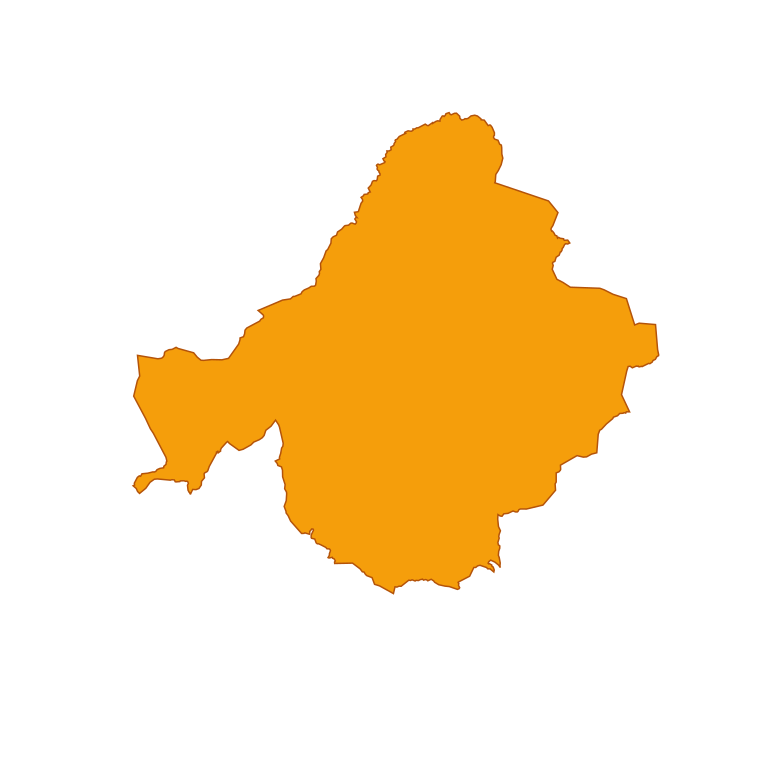 the district of Tancítaro, Michoacán, Mexico, rotated 244°
{"feature_id": "50627088B20425370342224", "entity_name": "Tancítaro", "entity_type": "district", "adm_level": 2, "iso_a3": "MEX", "parent_name": "Mexico", "parent_adm1": "Michoacán", "projection": "albers", "projection_center": [-102.327, 19.354], "detail": "fine", "context": "isolated", "style": "filled", "palette": "amber", "viewbox_px": 768, "rotation_deg": 244, "n_neighbors": 0, "source": "geoboundaries", "source_scale": "gbopen_adm2", "svg_char_len": 6171}
<svg xmlns="http://www.w3.org/2000/svg" viewBox="0 0 768 768"><g transform="rotate(244 384 384)"><path d="M570.6,590.9L577.2,589.8L578.9,587.1L579.8,587.4L583.9,585.5L585.8,583.4L586.8,579.7L585.9,576.1L586.3,574.1L587.0,573.1L586.7,572.2L587.1,569.6L589.5,568.7L591.5,569.4L595.6,567.9L596.4,566.0L596.5,562.5L597.3,561.7L599.4,561.5L599.8,558.2L598.7,556.9L598.1,555.3L599.1,554.7L599.3,553.8L597.3,550.5L595.7,549.5L597.0,547.7L597.3,545.9L596.9,542.0L597.6,542.2L596.8,537.0L597.4,536.2L599.5,535.0L599.3,527.0L599.9,525.8L599.7,523.4L600.5,521.8L599.3,521.3L599.2,519.3L601.0,516.6L601.1,513.2L600.6,512.7L599.8,513.2L599.8,506.2L598.3,503.0L598.4,501.3L598.1,500.8L596.7,500.6L595.8,498.6L594.6,497.9L594.1,496.6L593.9,493.9L591.4,493.1L591.2,490.9L592.2,488.7L590.8,488.4L589.6,486.1L587.3,485.3L587.0,481.8L584.5,481.8L583.4,482.4L582.7,481.7L582.9,476.9L583.1,476.0L584.3,475.0L584.1,473.6L583.7,473.0L581.6,473.1L580.3,472.0L579.1,472.1L577.7,472.8L576.8,472.4L574.6,472.6L573.5,472.0L573.6,469.4L570.7,467.5L570.0,466.2L571.2,464.2L571.2,462.5L568.5,459.6L567.0,455.7L562.6,455.8L562.9,453.7L562.1,453.1L562.1,452.0L563.1,449.3L562.2,448.0L561.8,445.2L559.5,445.6L557.7,445.0L556.5,442.6L550.4,436.7L550.2,436.2L551.3,432.7L548.0,432.1L545.4,432.7L546.0,431.8L545.1,430.1L541.8,430.4L540.8,429.4L540.3,428.2L542.7,425.8L543.1,424.6L542.3,421.8L543.4,418.5L543.3,417.6L541.7,413.8L541.0,408.9L538.5,406.5L538.6,402.9L537.7,400.3L533.8,398.0L529.6,392.4L529.0,390.3L524.0,385.2L520.0,379.6L514.7,377.5L513.4,375.1L511.5,374.4L510.2,373.1L508.6,369.1L506.1,368.2L502.9,365.9L502.4,364.4L503.7,361.4L503.3,358.5L503.5,353.6L502.9,351.0L501.4,348.9L501.9,342.1L502.5,340.8L501.5,337.2L503.9,329.6L505.3,303.1L499.0,305.7L497.9,305.6L496.4,304.6L496.1,301.7L495.0,299.8L494.5,285.4L494.1,284.4L493.3,282.7L490.2,280.7L488.1,278.5L488.5,274.8L486.8,273.9L483.6,270.9L475.2,255.5L476.8,248.9L481.5,239.8L484.3,232.2L485.6,229.9L490.0,227.9L495.5,226.6L506.2,214.5L508.1,213.2L508.0,208.8L509.1,205.8L509.1,201.6L508.3,200.4L506.0,198.9L504.9,196.8L504.7,195.3L505.8,191.8L517.8,175.0L498.2,167.9L495.1,163.8L482.8,153.7L457.7,154.6L446.2,154.4L440.8,155.1L413.7,155.9L409.8,155.0L409.4,154.2L407.3,152.8L406.6,150.1L405.3,149.2L406.4,145.5L406.5,142.5L405.5,140.6L405.6,138.9L406.3,137.8L407.4,132.6L409.4,127.1L407.8,124.8L408.7,123.8L408.2,121.4L404.3,116.1L402.5,115.5L402.5,113.9L398.7,115.5L395.4,115.4L392.8,116.3L394.7,124.2L398.2,130.6L399.1,135.8L398.0,138.7L391.2,149.9L391.0,151.4L389.7,153.5L387.7,153.5L387.2,154.1L385.8,157.7L386.2,158.5L384.7,161.8L383.4,163.1L383.1,164.3L382.1,164.8L380.4,164.6L379.2,163.0L374.4,161.3L372.0,161.4L371.4,161.9L370.5,161.5L370.0,162.0L373.1,165.8L371.5,168.7L371.2,171.9L373.3,175.5L376.5,177.3L378.4,181.5L382.1,182.9L382.7,183.7L382.8,186.5L383.3,187.6L386.5,190.8L395.4,203.3L396.2,203.5L396.4,205.1L394.8,204.8L395.4,207.8L396.3,208.0L397.7,209.7L400.6,216.9L400.9,218.2L398.3,219.0L387.9,224.6L387.1,228.8L387.6,237.7L388.9,241.5L388.6,247.5L389.1,251.1L390.3,253.7L394.2,257.5L395.6,264.0L399.1,270.7L393.5,271.4L391.2,271.2L374.9,267.4L372.4,265.8L371.3,263.9L366.9,260.7L364.0,257.9L362.4,257.4L362.4,252.5L359.4,253.2L357.3,252.9L354.5,255.5L351.1,255.0L345.0,252.2L336.9,251.0L333.4,248.8L329.7,249.0L328.0,248.4L322.0,245.0L317.7,240.6L312.5,240.1L311.0,239.5L307.8,240.1L301.7,240.0L285.8,244.4L284.8,246.6L284.9,247.6L281.7,251.1L281.9,251.6L284.2,252.6L284.3,253.6L285.4,255.3L284.8,256.6L283.6,256.6L280.1,252.3L277.8,251.2L277.1,251.3L275.0,253.8L271.0,253.4L269.6,254.0L269.1,255.1L267.2,256.7L262.6,260.1L260.9,260.5L259.7,262.6L259.0,262.9L257.6,262.8L255.5,260.6L254.0,259.8L252.5,257.6L251.7,258.3L250.9,261.5L249.8,261.5L248.8,262.5L246.3,262.7L245.7,261.5L244.3,261.0L236.8,277.2L228.3,281.5L224.7,282.2L223.8,283.6L220.9,283.9L219.2,284.6L215.2,288.4L208.1,287.7L204.5,291.5L191.5,300.6L196.9,305.0L195.8,306.6L195.7,308.8L194.7,310.8L196.8,320.3L195.8,321.6L195.7,323.4L193.3,325.6L193.5,326.7L192.2,328.9L192.3,330.5L191.7,333.1L190.4,333.5L190.0,335.6L189.3,336.5L187.9,337.1L187.8,340.8L185.3,342.3L183.6,342.6L179.6,345.2L175.6,350.2L173.3,353.9L167.2,360.0L167.1,361.7L167.7,362.7L170.4,362.7L171.9,363.8L173.0,363.5L173.4,364.0L173.7,376.7L179.7,384.3L178.9,386.0L179.5,388.4L179.0,390.8L174.0,395.8L172.5,396.1L171.3,398.3L166.9,400.3L168.4,401.5L171.6,401.9L173.2,401.1L174.1,401.5L176.3,400.0L176.5,399.2L177.3,399.0L178.4,400.4L178.9,402.7L175.3,405.6L171.0,407.6L168.0,408.1L169.5,408.4L172.2,410.0L177.6,411.5L179.9,411.7L183.3,413.7L185.6,416.0L187.7,417.1L189.3,416.3L191.7,416.9L195.0,420.0L196.4,420.2L198.3,421.5L201.0,424.3L205.7,424.4L212.8,427.0L216.7,429.2L214.4,430.6L213.4,432.1L214.8,434.8L213.4,438.7L213.3,444.3L211.4,446.1L210.6,447.6L210.7,448.5L211.9,450.1L211.9,451.7L209.2,457.2L205.5,473.8L213.3,491.6L219.2,494.0L220.4,495.8L228.6,499.8L228.4,502.8L229.2,504.7L229.9,505.4L233.7,507.0L235.0,526.1L230.9,531.1L229.7,534.2L230.0,539.8L228.9,545.1L244.9,554.5L247.9,557.7L248.0,559.7L250.6,566.4L252.6,574.4L253.6,575.7L253.1,580.0L254.2,582.9L252.9,586.1L253.0,587.2L251.9,588.5L252.8,589.6L251.3,592.5L270.3,592.8L289.3,607.9L292.7,611.1L292.1,613.0L289.7,614.3L289.5,618.7L288.9,619.3L288.7,620.3L287.6,620.7L286.9,623.4L286.5,623.6L286.5,630.9L285.7,631.9L286.1,634.6L287.2,636.1L287.2,638.7L289.0,641.3L289.1,643.2L289.9,643.7L295.0,645.0L318.4,654.1L326.8,640.0L327.2,635.2L354.5,639.3L364.2,629.2L372.2,623.1L375.4,620.0L389.3,593.9L396.8,589.4L402.3,585.3L413.4,585.5L416.3,588.0L418.8,588.4L419.4,589.4L419.3,591.3L422.5,594.3L423.0,597.9L425.4,600.4L425.2,601.2L426.4,602.8L427.6,603.5L428.2,605.0L430.0,607.2L430.5,608.7L429.3,610.5L429.3,612.8L432.8,612.2L434.1,609.1L435.1,608.8L435.8,609.1L437.8,606.2L439.3,605.2L439.0,603.9L441.3,604.3L442.7,603.0L445.1,603.0L447.7,602.4L447.8,601.8L449.6,601.8L450.7,602.5L452.4,605.3L461.8,615.5L476.4,612.1L516.3,571.8L517.2,572.8L523.3,576.3L525.8,580.4L529.7,585.4L534.9,589.8L539.0,590.7L544.8,593.4L547.3,594.2L548.8,593.1L553.1,593.3L555.6,590.8L557.4,590.5L558.8,591.3L559.1,592.2L561.4,593.4L567.3,593.7L569.9,593.2L570.4,592.7L570.6,590.9Z" fill="#f59e0b" stroke="#b45309" stroke-width="1.5"/></g></svg>